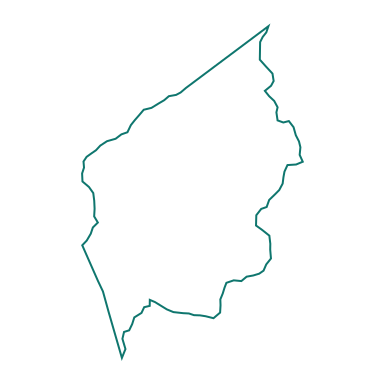 the district of Itapororoca, Paraíba, Brazil, rotated 271°
{"feature_id": "56859067B24843901347599", "entity_name": "Itapororoca", "entity_type": "district", "adm_level": 2, "iso_a3": "BRA", "parent_name": "Brazil", "parent_adm1": "Paraíba", "projection": "orthographic", "projection_center": [-35.262, -6.812], "detail": "fine", "context": "isolated", "style": "outline", "palette": "teal", "viewbox_px": 384, "rotation_deg": 271, "n_neighbors": 0, "source": "geoboundaries", "source_scale": "gbopen_adm2", "svg_char_len": 1463}
<svg xmlns="http://www.w3.org/2000/svg" viewBox="0 0 384 384"><g transform="rotate(271 192 192)"><path d="M114.6,264.9L120.9,267.5L126.9,272.1L135.7,271.2L141.6,271.2L149.7,270.1L155.6,262.4L159.6,256.6L169.9,256.7L176.3,261.5L178.3,266.9L185.4,269.3L191.4,275.3L195.5,279.2L202.0,282.5L208.5,283.2L214.0,284.1L220.6,287.0L221.3,295.6L224.2,302.2L231.0,299.0L238.6,299.6L244.4,298.1L250.6,294.8L258.6,292.4L264.6,287.6L263.1,282.1L265.1,276.3L273.1,275.0L278.2,276.1L284.5,272.6L289.1,267.5L294.4,263.1L299.6,269.2L304.4,271.7L311.8,270.4L318.7,263.8L325.5,257.5L334.7,257.5L343.1,257.5L348.3,260.0L352.9,263.5L359.1,265.5L295.9,184.1L291.3,178.9L288.8,174.4L287.4,167.2L283.3,162.6L280.0,157.2L275.4,150.0L273.4,142.3L268.0,137.9L262.9,133.6L257.8,129.7L250.6,126.4L248.4,120.4L243.9,114.7L241.3,106.1L236.8,99.5L232.1,95.3L228.8,90.7L225.3,86.0L220.6,83.0L214.5,83.6L208.6,81.8L200.6,82.3L195.2,88.9L189.2,93.3L181.5,94.4L173.5,94.9L165.9,94.6L159.8,98.4L154.8,93.5L148.5,91.5L141.6,87.6L136.8,83.2L101.5,99.5L91.0,104.7L70.7,110.7L24.9,124.8L33.8,128.2L44.0,125.0L50.9,126.5L52.6,131.6L58.9,134.5L65.6,136.5L70.2,143.6L76.0,146.2L77.4,151.7L83.4,151.7L81.3,156.9L77.1,164.0L74.2,168.9L71.6,175.5L70.7,185.2L70.5,191.0L68.9,196.1L68.8,202.2L68.0,207.9L66.2,215.7L71.9,222.2L79.3,222.5L85.1,222.2L91.0,224.5L96.9,226.2L101.8,228.0L104.4,235.3L103.8,242.9L108.3,248.1L109.6,254.7L111.5,260.6L114.6,264.9Z" fill="none" stroke="#0f766e" stroke-width="2"/></g></svg>